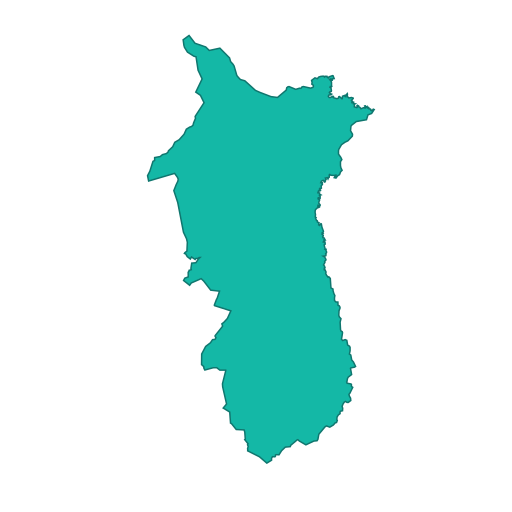 Virgas pag., Priekules, Latvia, rotated 197°
{"feature_id": "27541924B44819307732268", "entity_name": "Virgas pag.", "entity_type": "district", "adm_level": 2, "iso_a3": "LVA", "parent_name": "Latvia", "parent_adm1": "Priekules", "projection": "albers", "projection_center": [21.451, 56.438], "detail": "fine", "context": "isolated", "style": "filled", "palette": "teal", "viewbox_px": 512, "rotation_deg": 197, "n_neighbors": 0, "source": "geoboundaries", "source_scale": "gbopen_adm2", "svg_char_len": 6134}
<svg xmlns="http://www.w3.org/2000/svg" viewBox="0 0 512 512"><g transform="rotate(197 256 256)"><path d="M360.4,351.4L363.5,344.7L366.9,341.0L367.6,336.1L370.5,331.0L370.5,329.6L371.7,327.7L375.1,325.6L376.7,323.1L381.7,320.5L380.9,317.7L382.2,316.4L382.3,306.1L383.2,301.1L380.6,296.3L358.0,311.2L354.5,308.6L352.9,306.9L352.6,304.7L353.2,300.8L353.7,294.5L346.5,284.3L332.3,257.5L327.5,252.2L325.7,249.1L323.5,240.5L325.0,238.4L325.2,237.5L323.8,237.4L321.6,235.3L317.9,233.9L317.4,236.2L313.2,234.9L312.9,236.0L310.9,236.7L310.0,237.9L309.1,238.2L310.2,236.3L311.5,232.0L315.4,230.4L314.6,225.1L313.9,224.0L315.8,222.7L315.6,222.2L316.1,220.6L314.7,216.2L317.6,214.0L318.1,211.4L310.9,208.6L310.0,211.3L301.8,218.3L298.6,216.7L289.3,210.1L280.6,211.7L280.8,203.9L281.1,203.1L281.5,196.8L281.1,196.4L264.0,196.2L265.1,187.9L267.3,183.3L268.8,181.1L267.5,179.3L267.5,178.8L271.8,167.9L271.5,167.0L270.5,166.4L270.6,164.9L271.0,164.2L273.1,163.3L274.2,159.7L277.7,154.8L279.3,146.4L276.3,136.2L273.7,135.0L272.9,133.3L271.6,132.0L264.3,136.6L260.9,137.7L257.2,136.3L251.6,138.0L251.4,137.4L250.7,123.9L249.6,121.1L240.9,105.9L242.9,101.0L235.5,99.1L231.6,89.0L232.1,89.0L230.2,88.4L224.2,84.3L216.5,86.2L215.2,84.2L212.7,77.7L213.1,77.1L208.7,74.1L209.0,73.4L208.8,72.8L207.8,71.8L207.7,69.1L207.3,68.5L207.0,67.2L194.0,65.0L185.1,61.1L181.4,65.3L182.0,67.0L181.6,68.9L179.2,69.5L178.9,70.2L179.2,71.3L178.7,71.9L175.9,72.6L174.6,77.3L172.1,81.8L167.5,83.7L167.4,85.2L162.8,92.3L162.3,92.6L160.4,91.7L153.1,90.0L146.6,95.9L143.6,97.2L143.2,98.8L143.8,103.9L140.0,112.9L138.9,114.1L135.4,113.9L132.6,117.0L131.4,119.7L130.3,120.3L130.2,122.6L130.9,123.2L131.4,125.7L130.8,128.1L129.5,129.8L130.0,131.1L129.9,132.2L128.0,133.3L128.6,135.8L129.7,137.4L129.5,139.9L128.8,142.2L127.8,143.1L126.2,142.6L125.0,142.9L123.1,145.5L124.0,147.7L125.7,149.3L126.7,150.9L126.1,152.2L125.1,158.7L126.6,159.2L127.2,161.1L127.7,161.4L131.7,161.0L132.5,162.1L132.3,162.4L132.7,165.5L132.4,167.1L129.9,170.6L132.8,176.2L132.6,176.7L129.3,178.5L128.5,179.5L131.8,183.1L134.1,184.6L136.4,189.0L138.0,189.5L138.3,192.8L139.3,196.1L140.2,197.1L142.3,197.6L144.5,201.9L146.3,202.1L148.4,200.5L149.9,201.4L150.8,207.9L151.5,208.9L152.7,209.1L153.6,210.2L156.2,217.3L156.4,220.9L158.5,222.1L159.5,223.5L160.6,227.9L160.4,230.5L160.7,231.6L161.8,232.7L163.2,232.9L164.2,235.9L166.2,235.4L167.9,236.4L168.7,238.9L169.0,241.2L170.6,242.9L172.3,245.6L172.7,246.9L175.0,247.4L178.4,256.3L180.3,257.4L180.9,256.8L183.0,258.3L184.3,259.8L184.3,261.1L185.6,262.6L186.7,262.8L186.4,263.5L187.2,264.3L186.6,265.0L186.8,265.3L187.5,266.3L188.8,267.2L188.2,270.0L188.8,270.9L188.0,272.4L188.1,273.2L190.1,275.1L191.7,275.5L189.4,276.6L189.3,277.5L190.1,278.7L189.6,279.4L189.6,280.4L190.9,282.0L190.9,282.9L192.1,282.7L192.0,283.1L193.8,286.0L194.1,287.0L193.3,287.6L194.1,289.5L194.5,289.8L195.2,289.1L195.8,289.1L195.4,290.4L195.7,291.2L194.5,291.5L196.2,293.2L197.4,293.1L197.9,293.9L197.6,294.3L197.7,295.4L199.3,296.2L198.4,297.1L199.4,297.6L198.7,298.5L198.7,299.3L201.4,302.9L202.9,305.8L203.4,305.9L204.2,303.8L205.2,304.1L205.5,306.3L207.2,306.4L207.7,307.6L208.6,307.8L210.2,309.7L209.8,310.3L210.8,310.8L211.2,313.0L212.3,315.1L212.7,317.2L212.5,318.0L211.6,319.7L210.1,320.9L211.3,321.2L211.6,322.6L210.9,322.7L209.9,321.9L209.4,322.8L209.7,323.8L211.3,324.7L211.7,326.2L211.5,328.0L211.8,328.5L213.1,328.6L213.6,329.5L213.4,330.0L211.6,330.0L212.0,331.6L213.0,332.5L211.8,333.4L213.4,333.8L213.7,334.9L215.3,334.6L215.3,336.4L215.0,336.9L214.2,336.7L213.5,337.4L214.7,338.3L214.9,338.7L214.7,339.3L213.8,339.2L213.3,340.0L214.2,342.1L213.4,343.8L214.1,344.6L213.8,345.2L214.0,345.5L215.5,345.1L215.3,346.7L213.9,348.0L213.2,347.5L212.5,347.7L212.2,346.8L211.8,346.8L211.5,348.1L211.8,349.5L211.4,349.9L212.4,350.8L210.6,351.8L209.7,350.8L209.6,352.0L209.0,352.8L209.6,354.8L209.6,355.4L209.3,355.6L208.1,355.1L204.8,355.9L203.2,356.8L202.8,355.6L203.8,354.9L204.1,353.8L202.3,353.9L201.4,356.5L199.9,358.2L199.7,361.3L198.7,363.1L200.7,365.3L201.7,367.3L202.8,370.9L202.1,373.3L203.7,375.1L206.9,377.6L207.9,380.8L208.0,382.2L206.8,387.4L204.3,390.7L201.8,393.0L198.9,398.8L199.3,400.7L202.2,403.4L203.1,407.5L203.0,408.7L199.4,413.9L190.2,418.6L190.2,423.7L187.1,426.1L185.8,430.6L186.8,430.7L187.4,429.0L188.0,428.7L188.8,428.9L188.8,429.5L189.5,430.0L191.1,429.8L191.3,430.6L191.8,431.0L192.4,431.0L192.7,430.2L193.2,430.4L193.5,431.4L194.3,430.6L195.3,431.6L195.9,431.3L194.8,430.0L194.9,429.3L196.3,429.4L198.7,427.5L199.9,428.4L201.4,428.8L201.7,429.5L203.2,429.8L203.4,429.3L203.1,428.8L202.4,428.8L202.9,427.4L205.6,427.4L206.2,429.8L205.7,430.5L207.3,430.1L207.5,431.4L209.0,430.6L209.4,431.1L208.6,431.9L210.2,432.8L209.1,435.0L209.2,435.4L211.0,435.5L213.4,434.3L214.9,435.0L215.8,436.5L215.8,437.4L216.2,438.0L217.0,436.1L216.7,434.6L217.5,434.6L218.0,435.6L220.0,434.1L219.5,431.7L219.8,431.5L222.8,432.9L223.4,432.5L223.3,431.4L223.6,430.8L224.7,430.1L227.8,430.0L228.6,430.3L228.4,430.9L229.1,431.3L231.5,429.1L232.5,429.0L233.6,429.9L233.4,431.2L231.2,432.2L230.9,432.9L232.3,433.0L233.6,433.7L233.5,434.4L232.1,435.4L232.2,436.2L233.4,438.6L234.6,439.0L234.5,439.8L233.3,440.0L233.1,440.5L233.5,440.8L234.5,444.0L235.7,445.5L237.1,446.2L236.2,447.3L234.7,446.1L234.4,446.4L234.6,447.8L233.1,448.5L235.0,450.9L235.5,450.9L238.6,448.7L238.7,447.5L240.0,447.6L240.6,448.6L242.6,448.0L242.7,447.2L244.2,447.7L246.6,446.7L248.3,445.5L249.2,443.5L251.7,443.6L254.2,440.2L253.0,438.2L252.9,436.7L251.1,436.0L250.7,434.9L250.8,434.0L252.8,432.5L260.3,431.9L261.5,431.1L262.0,429.5L263.5,429.2L266.7,427.0L273.9,427.7L274.9,427.2L275.8,425.9L275.6,423.5L281.8,413.9L288.3,412.8L300.0,413.6L304.9,414.2L317.9,420.3L322.5,420.2L325.0,421.6L327.1,423.0L332.5,431.3L334.1,432.7L337.1,434.5L339.2,437.7L351.3,444.2L360.8,438.9L365.2,441.2L376.5,441.6L384.5,447.3L388.9,441.5L386.6,436.5L385.4,434.6L381.1,430.9L373.8,428.9L371.6,429.0L365.7,416.7L359.3,409.6L361.5,395.1L356.1,393.4L350.5,387.4L355.0,371.7L354.1,369.9L354.6,365.1L354.5,362.6L355.6,360.9L357.1,359.9L359.7,356.9L360.4,351.4Z" fill="#14b8a6" stroke="#0f766e" stroke-width="1.5"/></g></svg>